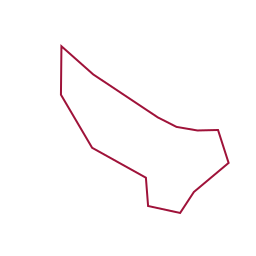 outline of Capital Territory (Honiara), rotated 36°
{"feature_id": "SLB-5130", "entity_name": "Capital Territory (Honiara)", "entity_type": "Province", "adm_level": 1, "iso_a3": "SLB", "parent_name": "Solomon Islands", "parent_adm1": "", "projection": "robinson", "projection_center": [159.999, -9.445], "detail": "fine", "context": "isolated", "style": "outline", "palette": "rose", "viewbox_px": 256, "rotation_deg": 36, "n_neighbors": 0, "source": "natural_earth", "source_scale": "10m", "svg_char_len": 325}
<svg xmlns="http://www.w3.org/2000/svg" viewBox="0 0 256 256"><g transform="rotate(36 128 128)"><path d="M26.1,101.0L68.4,105.1L145.9,101.9L166.6,98.6L185.6,89.2L202.0,76.7L229.9,97.1L218.9,141.0L220.1,166.1L190.1,179.3L171.7,157.7L110.6,165.1L54.2,140.5L26.1,101.0Z" fill="none" stroke="#9f1239" stroke-width="2"/></g></svg>